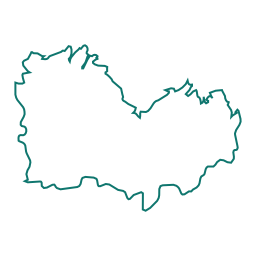 outline of Côtes-d'Armor
{"feature_id": "FRA-5283", "entity_name": "Côtes-d'Armor", "entity_type": "Metropolitan department", "adm_level": 1, "iso_a3": "FRA", "parent_name": "France", "parent_adm1": "", "projection": "mercator", "projection_center": [-2.816, 48.456], "detail": "fine", "context": "isolated", "style": "outline", "palette": "teal", "viewbox_px": 256, "rotation_deg": 0, "n_neighbors": 0, "source": "natural_earth", "source_scale": "10m", "svg_char_len": 3651}
<svg xmlns="http://www.w3.org/2000/svg" viewBox="0 0 256 256"><path d="M15.4,82.6L18.6,83.6L22.4,83.6L24.2,82.6L22.9,78.0L22.4,75.0L22.9,73.7L29.7,72.4L27.8,71.2L23.3,65.6L22.8,62.3L24.1,60.7L27.9,58.9L30.7,53.8L31.4,52.2L32.2,52.2L33.4,53.2L37.6,53.4L42.1,56.1L43.9,56.2L43.1,56.8L42.8,57.4L42.5,58.0L42.1,58.9L45.1,59.2L46.7,59.0L47.9,58.3L49.2,56.6L50.1,56.0L61.1,51.9L62.6,50.7L63.5,50.7L64.7,51.0L68.6,46.2L70.7,46.7L71.5,49.5L71.5,53.4L70.5,56.9L68.8,58.9L69.0,59.8L69.1,60.4L69.8,61.6L70.3,59.1L71.3,57.2L75.2,52.4L78.4,49.6L79.6,48.1L80.9,48.8L83.4,45.8L85.0,45.3L86.6,46.4L87.5,48.2L87.6,50.2L86.7,52.2L86.7,53.4L88.5,54.9L87.5,56.5L85.8,61.6L85.0,63.2L82.2,66.9L82.2,68.4L83.2,68.4L87.5,59.5L90.0,55.7L92.1,56.2L93.4,55.1L94.8,54.8L96.2,55.1L97.5,56.2L96.5,57.6L97.0,57.8L97.3,57.8L97.4,58.0L97.5,58.9L96.2,59.3L95.2,59.9L93.0,61.6L93.0,62.9L94.7,64.3L98.1,65.6L104.7,65.9L107.2,66.9L107.1,68.6L107.1,69.7L107.2,71.1L106.0,72.1L105.5,72.4L105.5,73.7L107.4,74.9L109.7,77.0L111.7,79.3L112.6,81.3L121.1,88.6L122.4,94.5L122.9,96.1L123.1,97.1L122.7,98.0L122.4,99.0L122.9,100.2L123.5,100.8L125.2,101.7L128.3,104.0L135.8,107.7L135.4,109.4L134.9,110.8L134.1,111.9L133.1,112.9L134.6,113.0L135.9,113.7L137.0,114.9L138.1,116.3L139.9,117.8L140.2,116.0L140.2,113.2L140.7,111.7L145.9,112.0L148.0,111.0L150.5,108.3L153.6,103.4L154.6,102.2L156.0,101.1L158.3,100.3L167.1,94.8L168.9,92.8L168.9,91.4L167.8,91.3L165.3,90.1L171.1,88.3L173.9,88.7L175.1,91.4L178.5,90.1L182.4,87.5L185.8,84.1L187.6,80.5L188.1,82.8L189.0,84.2L190.3,84.8L192.0,84.6L192.0,86.0L191.1,86.8L190.5,87.8L190.0,89.0L189.4,90.1L185.8,94.1L188.1,96.0L190.5,94.3L193.1,91.5L196.1,90.1L196.7,91.1L197.4,95.7L197.9,96.8L199.3,97.5L200.2,99.2L200.7,101.4L200.9,103.5L202.4,102.7L203.3,101.2L203.7,99.2L203.7,96.8L204.2,99.7L204.9,102.1L206.1,103.3L208.1,102.2L208.1,100.8L207.5,100.6L206.4,99.6L207.8,97.4L209.3,96.2L210.9,96.4L212.6,98.1L211.7,96.9L211.0,95.6L209.9,92.8L215.7,90.7L222.0,90.1L222.3,91.0L225.0,96.1L225.2,98.2L225.9,100.1L227.0,101.6L228.7,102.2L228.1,104.1L227.7,104.9L231.1,110.0L231.8,112.6L231.3,116.9L232.6,115.5L236.7,112.9L235.5,112.1L237.4,109.7L238.5,110.8L240.5,118.9L240.6,121.7L239.4,124.9L236.1,130.1L235.0,133.4L235.1,134.8L237.5,146.3L237.7,147.8L237.0,149.5L236.0,150.0L234.8,150.0L233.8,150.6L233.3,152.3L233.9,156.6L233.8,158.8L231.1,162.7L227.4,162.2L223.6,160.3L220.2,159.8L217.1,162.1L215.4,164.7L213.5,166.5L207.9,166.5L206.6,167.5L205.7,169.2L204.5,174.0L203.7,175.0L201.3,176.5L200.4,178.4L199.5,183.3L198.6,185.4L196.6,187.5L192.9,189.6L191.3,191.4L188.9,191.4L184.5,194.3L182.4,194.5L181.3,193.5L179.1,188.4L177.8,186.9L176.4,185.8L173.4,184.8L162.7,185.3L160.5,186.1L159.3,189.0L159.2,195.2L158.7,197.9L157.2,200.8L150.2,207.9L145.6,210.7L142.8,209.5L142.9,193.3L141.2,192.2L133.7,195.0L129.9,198.9L128.5,199.2L127.3,197.9L125.1,192.2L123.1,190.9L118.1,189.9L109.3,184.5L105.8,184.0L100.2,186.2L98.6,186.1L97.9,184.9L97.1,180.3L96.4,178.8L93.7,177.6L85.4,176.9L82.5,177.9L81.6,179.5L80.6,183.9L79.3,186.0L77.3,187.0L60.5,189.3L57.0,188.1L55.7,186.8L55.0,185.4L54.2,184.6L52.4,184.8L46.9,187.6L43.9,188.0L41.8,186.0L41.7,184.7L41.7,183.6L41.6,182.6L41.0,181.7L40.1,181.5L27.8,182.3L24.9,181.2L27.8,179.7L26.4,174.1L27.5,170.3L29.5,166.8L30.4,162.4L30.1,160.4L26.7,153.4L26.1,151.6L25.3,145.7L24.7,144.4L23.8,143.4L22.7,142.6L19.2,141.2L18.6,140.7L18.5,137.9L18.7,136.7L19.2,135.7L20.4,135.1L23.3,135.2L24.6,134.6L25.7,133.2L26.3,131.3L26.2,129.2L25.4,127.4L24.3,126.6L21.7,126.0L20.7,124.8L20.8,122.1L23.7,116.8L24.6,114.2L24.5,111.6L24.1,109.3L23.2,107.3L17.4,100.0L16.2,97.7L15.4,94.6L15.4,82.6Z" fill="none" stroke="#0f766e" stroke-width="2"/></svg>